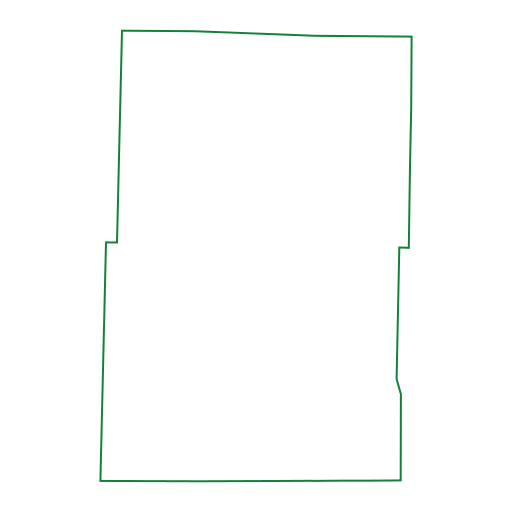 Howell, Missouri, United States of America
{"feature_id": "52423323B11820263063705", "entity_name": "Howell", "entity_type": "district", "adm_level": 2, "iso_a3": "USA", "parent_name": "United States of America", "parent_adm1": "Missouri", "projection": "robinson", "projection_center": [-91.877, 36.777], "detail": "fine", "context": "isolated", "style": "outline", "palette": "green", "viewbox_px": 512, "rotation_deg": 0, "n_neighbors": 0, "source": "geoboundaries", "source_scale": "gbopen_adm2", "svg_char_len": 530}
<svg xmlns="http://www.w3.org/2000/svg" viewBox="0 0 512 512"><path d="M122.0,30.7L117.0,242.5L106.0,242.4L100.4,480.9L100.5,480.9L115.2,481.0L130.9,481.0L142.8,481.1L143.7,481.1L161.8,481.1L168.1,481.2L188.7,481.2L190.6,481.3L270.9,481.0L272.0,481.0L311.2,480.8L313.8,480.9L315.5,480.9L325.4,480.8L337.9,480.7L364.3,480.7L390.5,480.5L391.6,480.5L400.7,480.4L400.9,394.2L396.6,379.0L399.3,247.5L408.8,247.8L410.0,166.0L411.2,108.0L411.6,36.6L315.4,35.8L194.2,31.2L122.0,30.7Z" fill="none" stroke="#15803d" stroke-width="2"/></svg>